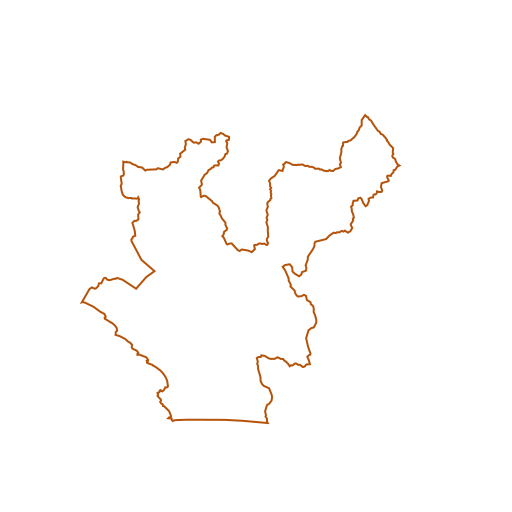 Huaura, Lima, Peru, rotated 329°
{"feature_id": "86281439B29242066404010", "entity_name": "Huaura", "entity_type": "district", "adm_level": 2, "iso_a3": "PER", "parent_name": "Peru", "parent_adm1": "Lima", "projection": "natural_earth1", "projection_center": [-77.14, -11.027], "detail": "fine", "context": "isolated", "style": "outline", "palette": "amber", "viewbox_px": 512, "rotation_deg": 329, "n_neighbors": 0, "source": "geoboundaries", "source_scale": "gbopen_adm2", "svg_char_len": 6133}
<svg xmlns="http://www.w3.org/2000/svg" viewBox="0 0 512 512"><g transform="rotate(329 256 256)"><path d="M82.9,206.0L83.8,206.2L85.6,208.2L90.6,215.9L93.8,223.6L96.2,227.5L96.0,230.2L95.5,231.0L94.5,230.9L94.1,231.9L98.4,240.1L99.3,242.9L99.5,245.8L98.5,248.5L96.7,248.9L95.0,251.3L97.9,254.5L101.2,259.8L102.2,263.4L103.6,265.8L104.0,268.5L102.4,270.2L102.4,271.8L105.0,275.8L105.3,278.2L103.8,278.9L103.5,279.7L105.1,280.3L109.8,286.3L110.0,289.5L109.1,290.4L108.3,289.7L107.7,291.5L108.3,291.7L108.3,292.5L111.4,296.3L111.4,297.2L112.8,299.3L115.2,305.3L116.0,309.6L116.1,313.9L115.5,317.5L113.3,322.5L112.0,322.8L110.5,321.9L108.5,323.3L106.1,323.8L104.8,322.8L105.1,321.8L104.4,321.7L102.8,323.0L101.1,322.6L100.6,324.5L99.5,325.2L100.5,330.0L100.0,331.2L98.8,331.6L98.6,333.3L99.7,335.0L99.0,336.7L99.9,337.5L101.6,344.3L100.7,349.6L99.7,350.2L98.5,349.6L97.3,349.9L99.9,351.7L99.1,354.0L99.5,353.5L99.8,354.7L100.7,354.5L103.9,356.0L113.4,361.3L144.9,380.4L159.4,390.2L180.0,405.2L180.1,403.6L181.6,401.1L181.5,398.5L182.4,397.8L183.9,393.7L188.6,389.5L191.5,389.3L194.8,388.0L196.8,385.7L197.9,383.3L199.1,376.2L195.7,371.2L195.2,368.3L195.7,365.2L197.5,362.0L199.6,353.9L201.1,351.4L201.5,349.0L203.1,347.6L204.2,343.8L206.0,343.9L208.2,345.0L209.4,343.9L212.1,346.2L214.2,350.4L216.1,352.1L219.2,353.8L222.3,353.9L224.3,357.0L226.3,358.4L226.3,360.1L227.2,361.8L228.0,364.9L228.1,367.9L229.7,367.7L230.9,368.6L234.2,368.2L235.4,369.3L235.8,370.7L237.7,372.0L238.9,375.3L240.9,375.8L243.2,374.9L246.5,376.5L247.6,372.7L248.1,368.8L249.7,368.3L251.7,368.5L252.4,367.8L253.9,360.6L256.6,352.3L262.8,346.7L266.3,346.3L268.7,347.0L273.4,344.1L274.8,341.8L276.1,337.2L276.6,333.6L278.3,331.1L279.2,328.3L278.2,325.7L278.9,323.6L277.0,320.1L278.3,315.7L277.1,314.0L274.1,313.8L271.0,312.3L270.5,310.6L270.4,308.5L271.3,305.4L269.8,299.9L271.0,298.8L271.4,293.9L272.5,291.8L273.6,283.2L273.3,279.0L276.2,278.7L280.7,280.5L281.2,284.4L279.3,288.1L280.1,291.0L282.5,295.6L285.3,295.2L287.2,293.5L291.1,294.3L293.0,292.4L293.7,289.6L298.4,285.9L300.1,283.3L308.5,279.4L311.4,277.4L312.4,275.6L314.1,274.3L324.8,277.6L329.6,276.3L334.6,276.0L336.2,277.5L337.5,277.3L339.4,278.6L342.5,278.7L343.5,280.1L345.2,280.0L346.8,283.3L349.7,283.3L353.0,281.5L353.2,278.2L353.8,277.4L357.4,275.8L358.1,274.0L359.6,273.6L360.6,270.9L361.3,266.7L362.2,265.3L362.9,262.7L365.0,262.4L365.8,260.9L368.0,258.9L371.5,260.7L373.3,259.3L375.3,259.7L375.9,261.0L375.2,266.2L375.6,269.8L377.5,269.7L381.2,267.0L381.9,265.0L384.0,264.9L386.5,266.1L388.2,264.1L389.1,264.1L390.3,264.8L392.6,264.0L393.0,263.0L395.0,264.9L396.7,265.7L397.9,264.8L398.7,261.1L401.2,258.3L408.2,260.1L408.8,259.3L408.9,256.4L409.5,255.1L410.7,255.1L412.8,256.8L414.1,255.7L416.9,255.0L418.3,253.3L419.8,253.8L423.2,252.1L425.5,252.3L424.5,250.3L424.5,247.6L425.2,244.4L424.1,242.3L424.1,241.1L424.8,239.9L426.3,239.3L426.5,237.7L429.1,234.1L427.9,229.3L428.0,225.9L427.5,224.6L428.1,223.7L427.8,221.2L427.1,217.3L425.8,215.6L426.0,213.1L425.0,211.7L424.3,202.9L424.4,199.2L423.4,197.3L423.4,194.5L422.7,193.9L422.1,191.5L416.6,193.9L413.8,198.6L411.2,199.2L408.5,201.3L406.8,201.7L405.8,202.8L402.0,204.6L396.4,205.6L394.4,204.9L393.1,205.3L389.5,203.6L388.8,204.0L387.4,206.3L386.4,206.4L384.0,208.5L382.9,210.7L378.2,215.4L376.8,219.8L375.2,220.6L374.5,223.5L371.5,223.3L369.0,222.3L365.9,222.9L363.9,221.4L363.4,220.2L361.4,220.3L360.3,219.7L358.0,217.7L356.7,215.4L355.4,214.9L354.9,213.5L351.5,211.6L351.3,210.1L349.9,208.5L347.5,206.8L346.8,205.3L344.6,204.3L342.9,201.4L339.7,200.0L339.2,199.3L338.0,199.2L334.3,196.7L332.5,193.5L330.3,191.1L329.5,190.9L328.0,191.7L326.4,191.6L326.0,193.6L322.5,196.7L319.7,194.1L313.2,197.0L308.7,197.2L305.9,198.3L305.5,200.9L303.9,203.8L304.1,205.4L302.5,206.0L302.5,207.9L301.3,209.0L300.9,211.1L300.0,211.7L299.0,214.3L298.0,214.4L297.1,215.4L293.5,216.0L292.3,217.5L291.6,219.8L288.3,222.4L287.3,226.8L284.7,228.7L284.4,230.8L282.2,232.5L280.9,237.9L279.7,239.3L276.4,245.8L273.9,247.1L273.1,248.8L273.0,250.9L271.9,252.1L270.9,252.2L269.4,249.5L267.4,248.9L266.2,247.4L264.5,246.8L262.7,247.0L260.5,245.8L259.9,245.9L258.6,249.5L254.3,250.5L252.1,247.3L247.2,243.1L244.6,243.3L243.5,241.8L241.6,232.7L239.7,231.7L237.4,231.4L237.0,230.5L237.8,223.9L237.4,221.6L238.9,221.2L241.2,218.8L244.2,218.6L245.4,217.6L245.8,213.6L247.0,211.6L246.1,206.1L246.6,203.0L246.4,201.3L246.7,200.4L248.1,199.2L249.1,195.0L248.9,193.0L246.5,188.1L246.6,186.3L243.7,178.5L242.5,177.5L239.3,177.2L239.3,176.5L242.1,171.0L242.5,168.0L245.8,167.3L246.6,166.5L247.8,163.1L253.9,159.9L256.7,159.7L259.7,157.9L262.1,158.1L263.6,157.5L265.3,158.1L266.3,157.1L267.3,157.1L270.4,159.0L271.9,157.7L272.0,155.6L273.1,155.1L275.5,155.9L277.8,155.6L280.3,154.6L282.3,152.9L283.8,153.3L286.0,151.6L286.7,147.7L289.4,144.7L289.5,142.2L290.5,141.7L292.4,142.5L293.3,141.8L294.2,139.9L291.5,136.8L290.8,134.5L289.0,132.3L286.6,132.9L284.3,132.1L282.1,132.6L279.4,137.2L276.7,135.9L276.3,132.6L270.9,128.2L268.6,127.9L267.7,129.7L264.6,130.2L263.3,127.8L260.9,126.7L259.6,122.5L258.2,121.1L254.6,121.1L253.6,123.9L250.8,126.4L250.1,128.4L243.6,129.3L242.4,132.0L239.4,132.4L238.2,134.3L236.5,135.3L235.9,135.2L234.5,133.3L231.0,131.9L229.1,133.5L225.7,134.1L223.2,133.6L220.8,133.9L217.1,130.2L215.2,130.4L206.9,125.9L205.1,125.7L203.9,121.4L200.9,119.1L199.5,115.9L197.6,113.9L196.2,110.9L194.1,109.6L193.6,108.6L192.2,108.4L190.9,106.8L186.5,113.6L186.1,115.5L184.7,118.1L183.5,118.7L181.5,118.2L180.8,118.5L178.1,124.9L176.1,126.3L174.0,132.0L173.4,135.3L174.2,138.0L176.3,140.6L178.9,141.9L179.1,142.7L182.1,144.4L182.9,145.3L184.4,145.6L185.2,145.1L184.9,147.3L183.7,148.4L182.8,150.7L179.7,153.2L178.8,156.8L178.8,158.7L176.4,159.7L174.0,164.1L171.6,164.2L169.7,163.2L167.1,164.0L165.1,171.8L162.9,176.5L160.5,176.1L159.5,177.0L157.6,177.7L157.0,179.0L155.8,200.3L161.2,216.7L150.9,217.6L136.4,222.3L129.4,207.6L125.6,203.3L123.9,203.3L122.9,202.5L118.1,201.4L116.3,199.7L115.9,197.4L115.0,196.8L113.9,196.8L109.3,199.7L107.3,198.6L105.2,200.6L102.0,201.3L101.0,201.1L99.2,198.4L96.2,198.6L82.9,206.0Z" fill="none" stroke="#b45309" stroke-width="2"/></g></svg>